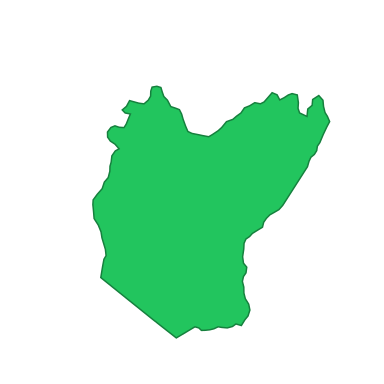 the district of Bananeiras, Paraíba, Brazil, rotated 24°
{"feature_id": "56859067B72565003837618", "entity_name": "Bananeiras", "entity_type": "district", "adm_level": 2, "iso_a3": "BRA", "parent_name": "Brazil", "parent_adm1": "Paraíba", "projection": "natural_earth1", "projection_center": [-35.597, -6.693], "detail": "fine", "context": "isolated", "style": "filled", "palette": "green", "viewbox_px": 384, "rotation_deg": 24, "n_neighbors": 0, "source": "geoboundaries", "source_scale": "gbopen_adm2", "svg_char_len": 1869}
<svg xmlns="http://www.w3.org/2000/svg" viewBox="0 0 384 384"><g transform="rotate(24 192 192)"><path d="M287.2,121.9L286.4,116.4L286.5,111.9L288.5,107.9L289.1,103.5L287.9,99.2L288.7,94.8L288.5,86.0L288.7,77.5L289.1,71.7L284.9,67.8L281.2,65.3L277.4,60.4L274.3,54.9L268.6,52.3L264.6,58.4L266.5,64.0L264.0,69.1L266.3,76.2L258.1,76.0L254.8,72.4L252.9,67.2L248.7,60.5L243.4,61.4L240.5,64.2L237.8,68.4L234.7,72.2L230.2,68.6L224.8,68.7L223.1,74.4L221.2,80.5L218.6,83.6L213.0,84.9L209.6,89.8L205.7,93.8L204.6,99.9L201.8,104.7L199.8,109.0L194.9,113.7L192.9,121.0L190.9,125.5L187.3,131.2L184.8,134.7L178.1,136.3L174.7,137.0L168.2,138.5L163.6,138.4L159.2,134.3L154.3,129.2L150.8,125.0L147.0,121.9L142.9,122.1L137.9,122.6L132.2,118.1L127.4,116.2L124.2,112.8L121.1,109.2L116.9,109.7L112.9,112.4L113.3,116.6L115.2,121.3L114.7,125.9L112.3,131.0L107.2,132.5L97.8,133.9L97.3,140.4L94.9,145.4L98.8,147.0L104.0,145.8L104.1,151.4L104.3,156.7L103.7,160.8L99.1,162.5L94.7,162.9L91.7,166.0L90.4,171.6L92.6,176.2L96.7,178.7L102.2,179.6L107.8,182.2L105.2,185.7L104.1,191.6L106.0,197.6L106.6,201.8L108.5,206.4L109.6,212.9L107.9,218.6L108.6,225.5L106.4,232.6L104.9,239.4L106.6,243.9L109.9,249.7L113.4,256.1L119.8,260.3L125.1,265.4L128.4,270.5L136.2,279.6L139.4,285.1L138.9,289.2L140.7,296.7L143.5,307.3L179.3,316.8L186.9,318.8L206.6,324.0L225.9,328.9L237.0,331.7L249.5,314.0L253.5,313.4L256.9,314.6L260.4,312.9L264.2,310.7L267.7,308.0L270.7,304.5L274.3,303.6L279.5,301.8L283.7,298.4L285.8,294.7L291.4,293.9L292.3,287.2L293.6,282.5L292.9,276.3L289.4,271.4L284.1,267.8L280.5,263.2L278.0,257.8L274.4,253.2L273.4,248.3L274.2,243.9L272.6,238.4L268.0,236.1L264.6,230.6L262.5,223.1L260.4,217.7L260.4,213.0L262.7,209.3L264.0,205.3L267.3,200.4L270.7,195.5L269.8,190.5L270.7,185.7L272.4,181.2L275.3,177.3L278.6,172.7L280.3,167.4L287.2,121.9Z" fill="#22c55e" stroke="#15803d" stroke-width="1.5"/></g></svg>